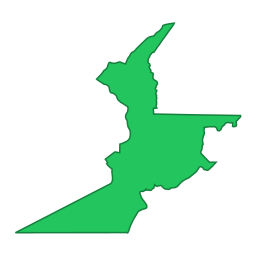 the district of Kisumu East, Nyanza, Kenya
{"feature_id": "3690345B94932158837865", "entity_name": "Kisumu East", "entity_type": "district", "adm_level": 2, "iso_a3": "KEN", "parent_name": "Kenya", "parent_adm1": "Nyanza", "projection": "orthographic", "projection_center": [34.812, -0.082], "detail": "fine", "context": "isolated", "style": "filled", "palette": "green", "viewbox_px": 256, "rotation_deg": 0, "n_neighbors": 0, "source": "geoboundaries", "source_scale": "gbopen_adm2", "svg_char_len": 5532}
<svg xmlns="http://www.w3.org/2000/svg" viewBox="0 0 256 256"><path d="M96.6,79.1L97.5,79.9L98.4,80.5L99.2,81.0L99.9,81.5L100.8,82.0L101.4,82.5L102.3,83.1L103.3,83.7L104.0,84.2L105.0,84.4L106.1,84.6L107.2,85.1L108.0,85.8L108.8,86.8L109.3,87.7L109.3,88.7L109.5,89.9L109.8,91.1L110.3,92.0L111.0,92.7L111.8,93.0L113.0,93.2L114.2,93.8L115.0,94.5L115.8,95.1L116.3,95.8L116.7,96.6L117.0,97.6L117.3,98.5L117.8,99.4L118.4,100.2L119.2,101.0L119.9,101.5L120.4,102.1L121.5,102.8L122.6,103.4L123.8,104.2L125.0,104.9L125.8,105.5L126.7,106.0L127.7,106.9L128.1,108.2L128.0,109.2L127.8,110.0L127.7,110.9L127.6,111.7L127.1,112.6L126.5,113.5L126.1,114.4L125.7,115.3L125.6,116.4L125.7,117.5L126.1,118.9L126.8,119.9L127.3,121.0L127.4,121.7L127.3,122.9L127.5,124.0L127.6,124.7L127.8,125.8L128.2,127.1L128.8,128.2L129.4,129.2L129.8,130.1L130.1,130.9L130.3,132.1L130.3,133.4L130.3,134.7L130.2,136.0L129.8,137.6L129.1,139.1L128.2,140.1L127.3,141.1L125.9,141.7L124.8,142.3L123.3,142.9L122.0,143.5L120.8,143.9L119.9,144.1L119.7,152.8L114.9,151.9L105.3,159.2L107.7,162.5L106.6,163.6L107.8,165.3L110.0,167.4L110.7,167.9L111.3,168.7L112.1,169.0L112.1,170.0L111.9,171.3L112.0,172.7L112.1,174.0L112.3,175.3L112.5,176.6L112.5,177.9L112.5,179.6L112.3,180.6L112.0,181.8L111.4,182.9L110.2,183.9L15.4,232.7L126.6,232.6L127.6,232.9L128.2,232.0L128.6,231.2L128.9,230.4L129.3,229.3L129.6,228.0L130.1,226.7L130.6,225.4L133.2,219.8L138.2,211.6L139.1,211.0L140.4,210.3L141.5,209.8L142.4,209.4L143.6,209.0L144.9,208.7L146.0,208.3L146.8,207.4L146.8,206.1L146.5,205.0L146.0,204.1L145.5,203.3L145.0,202.6L144.4,201.7L143.9,201.1L143.4,200.5L142.9,199.8L142.4,199.1L141.9,198.4L141.4,197.4L140.9,196.1L140.5,195.1L140.1,194.0L139.7,192.3L140.4,191.7L141.4,191.3L142.4,191.4L143.6,191.4L144.4,190.4L145.2,190.4L145.5,189.5L146.2,189.2L146.0,190.1L146.8,190.0L147.6,190.2L148.4,190.2L149.1,189.8L149.9,190.4L150.8,190.4L151.8,189.7L152.3,188.8L153.1,188.5L153.9,187.9L154.0,186.7L154.6,185.5L154.7,184.7L155.3,185.2L155.9,186.0L157.0,186.3L158.2,185.9L159.2,185.8L160.1,185.6L160.9,185.5L161.6,185.8L162.3,186.8L163.2,187.5L164.0,188.3L164.7,188.9L165.6,189.0L166.6,189.2L167.5,189.2L168.4,189.4L169.2,189.2L169.9,189.0L170.6,188.1L171.7,187.9L172.8,187.8L174.0,187.7L174.8,187.6L175.7,187.3L176.8,186.8L177.7,186.0L178.6,185.1L179.5,184.1L180.5,183.0L181.5,182.1L182.9,181.0L184.2,180.1L185.8,179.2L187.5,178.4L188.4,178.0L189.3,177.4L190.1,176.8L190.9,176.2L191.8,175.4L192.7,174.7L193.3,174.2L193.9,173.7L194.7,173.0L195.9,172.1L196.6,171.2L197.1,170.6L197.6,169.8L198.1,169.2L198.7,168.2L199.2,167.2L200.0,166.7L200.8,166.7L201.5,166.9L202.5,167.6L203.4,168.4L203.7,169.2L204.3,169.7L205.4,169.6L206.3,170.0L207.1,170.3L208.3,170.0L212.6,166.1L216.1,162.2L209.4,162.2L201.2,153.6L200.8,152.5L200.9,151.7L201.3,150.5L201.8,149.5L201.9,148.7L202.2,147.4L202.2,146.0L202.6,145.1L203.1,144.5L203.0,143.6L202.7,142.5L202.6,141.1L202.5,139.8L202.6,138.7L202.9,137.9L203.2,137.1L203.4,135.9L203.8,135.0L204.3,134.1L204.3,133.2L204.3,132.2L204.0,131.2L204.0,130.0L204.3,128.6L204.0,127.6L205.3,127.1L206.5,127.1L207.5,127.0L208.5,126.8L209.3,126.7L210.2,126.7L211.4,126.8L213.8,126.7L214.7,126.7L215.5,127.0L216.3,127.8L216.9,128.7L217.1,129.7L217.7,130.6L218.4,130.8L219.3,130.8L220.4,130.1L221.1,129.1L221.5,128.2L221.8,127.3L222.3,126.5L222.9,126.1L223.5,125.6L224.4,124.9L225.1,123.9L225.6,123.2L226.3,122.8L227.3,122.5L228.3,122.6L229.2,122.7L232.7,123.0L232.7,124.5L232.6,126.4L233.4,126.7L234.2,126.6L235.0,126.5L236.2,126.0L236.5,125.1L236.4,124.0L236.2,122.5L236.4,121.4L236.8,120.7L237.6,120.0L238.2,119.4L238.7,118.7L240.0,117.5L240.6,116.6L240.5,115.5L221.4,115.2L199.0,114.9L158.0,114.1L153.6,114.0L153.4,108.4L156.9,108.0L156.5,107.3L156.1,106.6L156.3,105.0L156.7,103.9L156.3,103.2L156.7,102.1L156.3,101.0L156.5,100.0L156.5,99.0L156.7,98.2L156.7,97.4L156.3,96.7L156.5,95.9L156.6,95.1L155.9,94.6L155.8,93.5L156.2,92.4L156.6,91.5L156.8,90.5L155.6,89.7L155.4,88.3L156.0,87.1L156.2,85.9L157.0,84.7L157.5,83.5L157.3,82.5L156.7,81.4L155.7,80.7L154.6,80.2L153.9,79.6L153.5,78.9L152.9,78.3L152.8,77.2L153.1,76.1L152.9,75.1L153.4,74.2L152.9,73.1L151.7,72.7L150.6,71.9L150.9,70.4L150.3,69.2L149.4,68.4L149.4,67.6L149.1,66.7L149.9,66.3L150.0,65.4L149.9,64.6L149.6,63.8L148.8,63.4L148.1,62.5L147.9,61.6L148.3,60.9L148.1,60.0L148.4,59.0L148.7,58.0L149.5,56.8L150.0,55.7L150.4,54.6L151.4,53.8L152.0,52.9L152.6,52.3L153.8,52.4L156.6,48.3L157.1,47.5L157.6,46.8L159.1,44.9L159.7,44.0L160.2,43.3L161.0,42.0L163.1,39.1L165.0,36.5L165.6,35.7L166.1,35.0L168.1,32.2L168.8,31.2L169.5,30.2L170.7,28.6L171.3,27.8L173.0,25.4L173.9,24.0L174.2,23.1L172.8,23.3L170.8,23.6L169.5,23.8L168.4,24.0L166.8,24.3L165.0,24.7L164.1,25.0L162.8,25.6L162.4,26.7L162.0,27.9L161.4,28.7L160.9,29.3L160.4,29.9L159.7,30.5L159.0,31.3L158.1,31.8L157.2,32.2L156.3,33.0L155.7,33.7L155.0,34.5L154.4,35.2L154.1,35.9L151.3,36.5L150.3,36.7L149.3,37.1L148.1,37.7L147.3,38.4L146.6,38.9L145.9,39.5L144.8,40.6L143.4,41.9L142.6,42.6L141.4,43.8L140.5,44.7L139.9,45.3L139.0,46.2L137.5,47.6L134.0,51.5L132.6,52.0L131.7,52.7L130.9,53.5L130.4,54.6L129.9,55.4L129.5,56.2L128.8,57.0L128.1,58.0L127.6,59.0L127.3,59.7L126.9,60.6L126.4,61.7L126.0,62.9L125.5,64.0L124.7,63.6L123.9,63.4L123.1,63.2L122.2,63.0L120.7,62.2L119.8,61.9L119.0,62.2L117.8,62.3L116.7,62.9L115.7,63.3L114.7,63.2L113.8,63.3L112.5,63.1L111.3,62.9L110.3,62.4L109.4,62.4L108.7,63.2L108.2,64.4L108.0,65.1L107.8,65.9L107.5,66.7L107.1,67.5L106.7,68.5L105.7,69.2L104.9,69.9L104.2,70.3L103.7,70.9L101.5,74.0L96.6,79.1Z" fill="#22c55e" stroke="#15803d" stroke-width="1.5"/></svg>